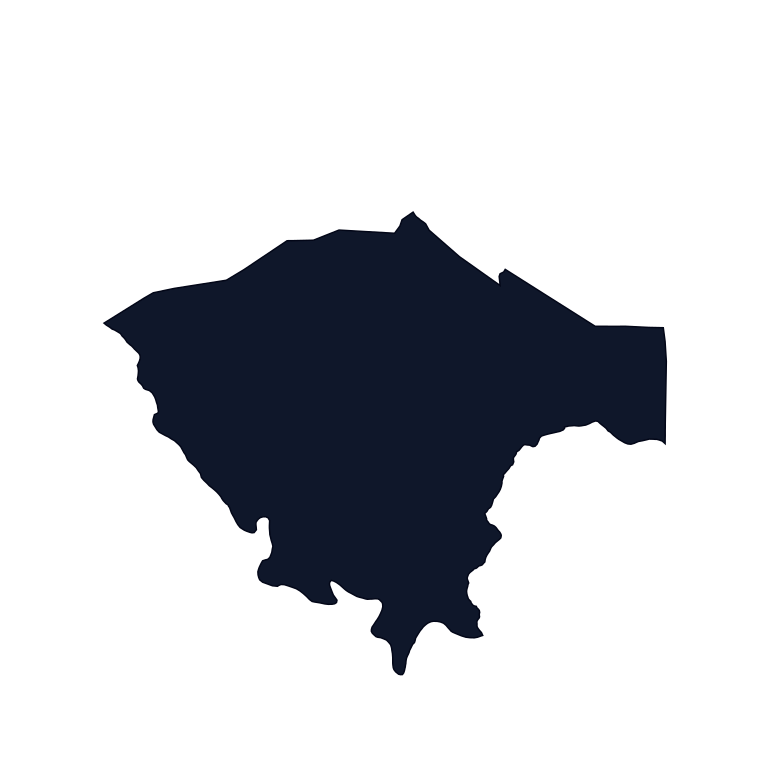 San Vicente Coatlán, Oaxaca, Mexico (Natural Earth projection), rotated 312°
{"feature_id": "50627088B21982561063626", "entity_name": "San Vicente Coatlán", "entity_type": "district", "adm_level": 2, "iso_a3": "MEX", "parent_name": "Mexico", "parent_adm1": "Oaxaca", "projection": "natural_earth1", "projection_center": [-96.852, 16.376], "detail": "fine", "context": "isolated", "style": "filled", "palette": "ink", "viewbox_px": 768, "rotation_deg": 312, "n_neighbors": 0, "source": "geoboundaries", "source_scale": "gbopen_adm2", "svg_char_len": 6003}
<svg xmlns="http://www.w3.org/2000/svg" viewBox="0 0 768 768"><g transform="rotate(312 384 384)"><path d="M241.9,135.2L242.0,138.2L242.7,142.2L242.9,145.2L243.8,147.4L244.4,150.2L245.2,154.4L244.4,157.5L244.4,159.3L244.1,161.5L243.7,163.2L243.2,164.9L243.2,166.3L243.2,167.6L243.2,168.9L243.4,170.9L243.2,173.8L243.0,175.0L242.9,179.0L242.8,181.4L242.1,183.3L241.2,184.5L239.8,185.7L237.4,186.9L234.3,187.9L232.7,188.3L231.5,190.4L229.5,192.7L227.6,194.2L225.4,195.8L222.8,197.4L221.9,198.9L221.4,200.7L221.4,203.3L221.1,205.6L220.1,208.2L220.4,210.2L221.4,212.4L221.9,213.4L222.2,214.5L222.3,217.8L220.9,222.4L219.6,224.9L218.1,227.3L216.7,229.8L215.1,231.6L212.6,234.8L211.0,235.4L207.6,233.9L205.2,235.1L202.9,236.3L201.2,237.7L199.9,239.7L199.3,241.8L198.1,245.9L197.8,249.2L198.5,252.2L199.5,256.3L200.4,259.2L200.9,262.7L201.7,266.2L201.7,269.3L201.7,272.1L201.4,274.9L200.1,278.6L199.1,281.4L198.6,283.8L197.3,286.5L196.3,288.8L196.1,291.1L196.2,294.0L196.3,296.7L196.2,300.4L195.3,304.0L194.6,307.6L192.4,310.8L191.9,314.5L191.8,318.7L191.5,322.2L191.8,325.9L191.9,328.9L191.9,331.8L191.6,335.1L191.1,338.2L190.4,340.1L189.8,342.4L189.6,344.4L189.4,346.8L189.8,348.9L189.2,350.2L188.8,352.0L187.3,354.8L186.2,356.8L185.1,359.9L184.5,361.8L183.8,363.6L182.8,366.0L181.7,369.5L181.1,373.1L181.9,378.0L182.8,380.6L184.1,383.7L185.1,385.5L186.7,386.9L188.2,386.8L190.3,386.7L191.8,385.1L193.7,383.0L195.4,381.5L197.6,381.1L199.7,381.0L202.0,381.5L204.3,382.9L206.2,384.9L207.0,387.4L206.0,390.4L202.2,393.5L200.3,395.2L198.2,397.4L195.6,400.1L194.0,402.5L192.5,404.6L190.8,407.5L189.1,410.0L186.5,411.5L183.8,413.3L181.0,414.4L178.7,415.2L175.8,414.9L174.0,413.6L171.4,412.1L169.0,412.6L166.5,413.3L164.2,414.0L162.3,414.8L160.1,415.9L157.9,418.1L156.3,420.5L155.3,422.7L155.5,426.4L157.4,431.1L159.4,436.1L161.4,438.8L162.4,440.2L164.0,440.6L166.1,441.6L168.2,444.2L169.9,447.9L171.6,451.9L173.2,455.8L174.0,459.9L174.3,464.2L174.3,468.8L174.0,472.9L174.3,476.1L175.5,478.2L178.3,482.5L181.0,487.2L183.0,490.0L185.5,492.7L187.7,494.4L189.8,494.9L191.9,493.7L192.5,491.1L193.3,487.5L194.9,484.2L197.0,480.1L198.0,478.3L199.2,477.0L200.8,476.2L202.8,476.2L203.9,478.4L204.7,481.4L205.2,485.7L205.2,488.7L205.2,491.8L205.3,494.1L205.7,496.8L206.4,499.4L207.3,503.2L208.0,506.0L209.1,508.4L210.7,511.4L211.9,514.0L213.0,515.8L214.4,517.1L216.1,518.9L218.4,521.0L220.1,523.0L220.7,524.7L220.4,528.9L219.4,530.4L217.6,532.2L214.4,533.9L210.5,535.2L207.6,536.0L204.2,536.6L202.1,536.8L200.4,537.1L197.9,537.5L195.4,537.8L193.3,538.8L191.8,540.0L191.0,542.0L190.9,544.0L190.9,547.1L191.6,548.8L193.3,551.3L194.4,554.2L195.4,557.2L195.2,560.1L194.7,563.4L193.0,566.2L191.1,568.4L189.3,570.7L186.7,573.4L184.5,575.4L182.4,577.3L181.0,578.8L179.3,580.8L178.4,582.6L177.9,585.2L178.1,589.0L179.1,590.8L180.4,592.1L182.5,591.9L184.6,591.0L186.5,589.9L188.0,589.1L189.4,588.1L190.8,587.3L191.8,586.5L193.6,585.2L195.5,584.1L197.8,583.3L199.6,582.8L201.6,582.1L203.1,581.3L205.8,580.6L209.6,579.5L212.3,579.6L213.9,578.9L216.4,577.5L218.5,577.1L221.7,576.5L224.8,576.0L227.4,575.9L229.8,575.7L231.9,575.9L234.1,576.2L236.0,576.7L238.7,577.9L240.7,579.4L243.2,582.3L244.9,585.1L246.1,588.3L246.2,591.6L245.7,595.0L245.4,597.9L245.2,599.1L245.5,601.0L246.4,603.7L247.4,606.5L248.7,610.1L250.6,614.2L252.9,617.5L255.9,621.0L258.5,623.0L261.7,624.7L263.2,625.6L264.5,622.7L264.8,619.9L265.3,617.2L266.1,615.3L268.0,613.6L269.5,612.0L271.6,611.4L273.7,611.3L274.9,610.8L275.8,609.7L276.7,608.8L278.3,607.9L279.5,606.3L279.8,604.5L279.8,603.0L280.5,601.3L279.6,599.9L279.1,597.9L279.4,596.5L279.8,594.9L280.5,593.9L280.5,592.4L280.8,590.4L281.8,588.7L282.5,587.4L283.9,585.5L285.4,583.9L287.3,582.7L289.6,581.6L291.2,580.6L292.8,580.1L293.8,578.3L294.5,576.9L295.5,575.6L297.5,574.7L299.5,574.0L301.6,574.0L303.2,574.3L305.7,574.7L307.4,574.7L308.3,575.6L309.6,576.0L312.2,576.2L314.0,577.4L315.4,578.0L317.5,577.9L319.2,578.0L321.3,576.6L323.2,575.7L325.6,575.0L327.9,574.6L330.4,574.3L332.2,573.7L333.9,573.1L335.3,572.9L337.9,573.0L340.5,572.9L343.2,573.3L345.8,573.7L347.7,573.8L348.8,573.2L350.1,572.3L350.8,570.9L351.4,568.9L351.5,567.1L352.3,563.2L352.3,561.1L351.7,559.0L350.8,557.2L350.6,555.6L351.1,553.8L351.5,551.3L352.4,550.6L353.4,548.9L354.2,547.4L355.1,545.5L358.2,545.7L361.1,545.1L363.6,545.7L366.0,545.1L368.8,543.8L370.2,543.1L371.7,542.3L375.0,542.4L378.5,541.9L380.8,541.6L383.5,540.9L386.4,539.7L389.3,538.0L390.7,536.7L392.6,535.8L395.4,534.7L396.4,533.4L398.7,533.5L401.1,533.4L404.8,533.4L407.3,532.9L408.4,532.9L410.0,533.6L413.0,532.5L414.2,531.0L415.8,529.5L418.0,529.3L419.9,529.1L421.3,528.5L422.4,527.9L424.9,528.7L427.1,528.6L429.6,528.4L431.9,528.5L433.2,529.2L434.6,531.3L436.1,533.2L436.6,535.2L437.1,536.6L438.8,537.9L441.8,538.0L443.5,537.4L445.9,536.7L447.7,535.8L450.6,535.8L453.1,537.2L455.8,538.9L458.6,540.8L461.1,542.6L463.4,544.2L466.5,546.4L469.9,547.9L472.0,547.8L472.9,546.9L475.0,548.5L476.3,549.3L478.8,551.7L480.4,553.2L481.9,555.3L483.2,557.0L485.1,558.7L486.4,559.7L488.5,561.4L492.0,563.1L495.0,564.2L498.2,566.0L499.4,568.1L499.3,570.7L499.4,573.3L499.6,575.9L499.7,578.8L499.4,580.4L499.1,581.8L499.3,582.9L499.7,584.4L499.5,588.7L499.7,591.8L499.7,592.6L500.0,595.6L500.7,598.9L501.4,602.2L502.5,605.0L502.6,605.3L504.5,607.8L507.5,609.7L508.7,610.2L511.5,611.5L514.9,614.1L517.9,616.2L520.6,618.0L523.5,621.4L524.0,622.1L525.4,623.7L526.6,626.1L527.8,629.0L527.8,632.8L531.5,629.5L533.6,627.7L537.8,623.9L539.9,622.1L542.9,619.4L589.7,578.7L603.8,564.3L612.7,553.9L603.2,542.9L588.2,524.5L582.4,518.2L570.8,505.2L568.2,502.3L566.4,491.9L558.5,445.6L550.3,397.4L547.3,398.0L543.6,396.5L541.0,397.6L534.9,404.4L529.1,354.9L528.5,314.6L530.9,307.7L530.7,304.8L530.2,301.5L530.2,299.0L529.9,296.4L530.1,294.5L531.2,290.6L518.2,287.5L512.1,290.1L503.1,291.0L468.8,248.2L468.2,247.5L443.6,235.3L428.9,219.7L427.4,218.0L425.6,216.1L374.9,203.3L355.6,197.4L314.6,164.1L297.4,151.5L287.2,148.2L241.9,135.2Z" fill="#0f172a" stroke="#020617" stroke-width="1.5"/></g></svg>